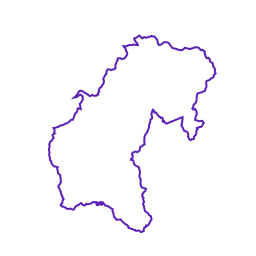 Na Hang, Tuyên Quang, Vietnam (Natural Earth projection), rotated 196°
{"feature_id": "81297802B32233799995516", "entity_name": "Na Hang", "entity_type": "district", "adm_level": 2, "iso_a3": "VNM", "parent_name": "Vietnam", "parent_adm1": "Tuyên Quang", "projection": "natural_earth1", "projection_center": [105.425, 22.448], "detail": "fine", "context": "isolated", "style": "outline", "palette": "violet", "viewbox_px": 256, "rotation_deg": 196, "n_neighbors": 0, "source": "geoboundaries", "source_scale": "gbopen_adm2", "svg_char_len": 5797}
<svg xmlns="http://www.w3.org/2000/svg" viewBox="0 0 256 256"><g transform="rotate(196 128 128)"><path d="M198.0,108.1L199.5,107.4L198.8,106.9L197.9,105.4L197.7,104.3L197.8,102.8L197.5,102.4L197.2,102.4L198.0,101.4L198.6,100.3L198.3,99.7L196.9,98.4L196.7,97.8L197.6,96.2L197.6,95.0L197.9,94.4L198.8,93.8L199.3,90.5L198.8,90.0L198.2,89.1L198.3,87.4L198.1,85.6L197.8,84.8L196.7,82.9L196.4,80.2L195.4,79.1L194.9,77.4L194.3,76.5L194.0,75.6L193.0,75.2L191.9,73.3L190.9,72.3L189.1,71.0L188.3,70.7L185.7,71.1L184.7,70.9L184.9,69.6L184.5,68.6L183.7,67.5L182.9,65.4L182.4,64.9L180.6,64.3L179.9,63.8L179.7,62.5L178.8,61.2L178.7,60.2L177.6,57.6L177.8,55.8L178.9,53.0L178.7,52.1L177.5,51.2L176.1,49.2L175.1,48.3L174.2,46.2L172.4,44.6L171.7,42.9L170.3,42.1L170.8,40.7L170.6,37.7L171.5,36.0L171.4,35.1L170.5,35.0L169.4,34.3L168.9,34.6L168.4,34.6L164.1,33.6L162.9,33.7L161.6,34.5L160.9,34.7L158.9,34.3L157.6,34.8L157.0,37.3L156.0,39.2L154.9,39.8L152.7,42.7L152.2,42.9L151.0,41.9L149.9,41.6L148.8,41.8L148.3,41.6L147.4,42.8L147.3,43.6L146.5,43.4L145.5,43.7L143.5,44.7L142.9,45.1L142.1,46.4L141.2,47.2L140.5,47.1L139.6,47.7L138.4,47.6L137.6,48.1L137.3,48.0L137.7,47.2L137.8,46.8L137.6,46.6L136.9,46.9L136.6,46.7L136.5,46.4L136.9,45.6L136.8,45.4L135.7,45.5L135.1,47.0L135.4,48.1L134.5,48.4L134.2,49.2L134.0,49.4L133.8,49.3L133.7,48.3L134.0,46.8L132.1,47.0L131.6,47.3L131.6,48.1L132.0,49.2L131.8,49.6L130.4,48.7L128.5,47.2L125.3,47.4L123.7,46.5L120.3,45.8L120.1,43.9L118.5,42.2L117.5,39.6L116.5,38.5L114.9,37.7L114.0,36.6L109.8,38.1L108.8,37.2L104.2,34.8L102.5,34.7L102.1,34.3L100.7,33.8L100.4,32.6L100.0,32.1L99.1,32.3L96.7,31.9L95.9,32.1L93.8,31.6L92.9,32.0L92.0,31.3L89.9,32.3L89.0,32.4L88.5,32.3L87.7,31.6L86.3,31.7L85.6,32.5L84.5,33.2L84.6,34.0L84.9,34.4L84.8,37.0L83.5,37.7L83.9,39.0L83.7,39.4L82.3,39.5L81.9,39.9L81.2,42.0L81.2,43.3L80.2,46.4L80.2,47.0L81.0,48.0L81.7,49.6L83.5,49.9L85.5,51.8L87.0,52.3L87.9,52.4L88.7,52.8L89.4,53.8L91.4,57.6L92.6,59.0L92.6,60.0L92.2,61.1L92.2,61.5L93.7,63.2L93.9,65.2L95.2,65.7L95.4,66.0L95.5,66.6L95.4,67.4L96.0,68.1L95.4,70.0L94.1,72.2L93.9,74.5L96.5,74.7L97.8,74.6L98.2,74.7L99.0,75.2L100.5,77.3L101.5,81.8L103.7,84.6L103.9,85.4L104.3,88.5L104.7,90.0L106.0,91.5L106.7,93.3L110.0,93.9L111.6,94.6L112.3,95.2L113.0,96.7L114.1,98.3L114.9,98.5L116.4,98.2L116.4,99.4L115.5,100.7L115.4,101.6L115.5,102.2L116.8,103.6L117.0,104.6L116.6,105.6L115.5,106.7L113.9,107.5L112.4,107.3L111.0,109.0L110.7,109.6L110.7,110.4L111.0,113.3L109.8,114.0L109.2,114.8L108.5,116.1L107.6,116.6L107.4,117.0L108.0,117.7L109.3,121.9L109.3,122.9L109.8,124.4L109.3,127.1L108.5,128.9L108.3,131.3L108.0,133.4L108.0,135.0L108.5,136.3L108.3,140.2L108.8,142.2L108.6,142.8L107.7,143.6L107.6,144.2L107.9,145.6L108.8,146.5L109.4,148.1L109.2,152.4L108.7,152.4L108.1,151.9L107.8,150.9L107.0,150.7L106.7,150.1L105.6,150.7L103.5,149.0L100.9,147.4L99.4,147.3L99.2,146.7L98.7,146.7L97.9,147.2L96.8,145.8L96.6,145.3L96.7,144.4L96.3,143.6L95.9,143.6L95.1,144.5L93.8,143.3L92.3,142.8L78.6,153.5L78.0,151.4L77.6,148.8L77.6,147.0L77.2,146.4L77.4,145.1L76.9,144.6L75.7,143.6L73.2,140.8L70.5,140.7L69.3,139.8L68.2,138.4L67.9,136.2L66.3,134.4L65.4,134.0L64.8,133.5L63.8,134.3L63.5,134.9L62.4,135.0L61.7,135.6L61.6,136.4L62.2,138.1L60.9,140.0L61.0,142.2L61.5,143.8L61.4,144.8L60.8,145.9L61.0,146.3L61.9,146.9L61.8,147.1L60.5,147.6L60.0,148.4L58.3,149.1L57.8,149.6L57.2,151.2L57.1,152.8L56.5,153.7L58.5,155.4L61.2,154.2L65.6,154.2L65.9,154.8L66.0,158.4L65.6,160.4L66.6,162.1L66.9,163.3L67.3,163.7L68.2,164.0L68.7,164.7L69.8,163.8L70.6,163.9L71.5,164.4L71.0,166.8L71.4,168.1L69.9,170.8L69.6,171.7L69.7,173.1L70.8,178.3L70.7,179.7L70.5,180.4L70.0,180.9L67.2,182.5L64.1,185.2L64.5,186.6L64.0,188.8L64.0,189.5L65.3,193.0L65.6,194.4L64.4,195.6L62.6,196.9L62.0,198.3L59.9,200.3L59.8,202.2L60.0,203.0L58.8,204.5L60.0,205.8L60.3,208.2L61.0,208.7L62.0,210.1L63.4,211.3L63.9,212.5L64.6,213.8L65.2,214.0L66.3,214.0L67.1,214.3L68.1,215.7L68.3,216.6L69.1,216.9L70.0,217.7L71.2,216.8L72.1,217.1L73.7,218.9L73.9,219.7L74.6,220.2L74.9,220.8L75.1,222.3L75.2,222.5L76.1,222.7L77.1,223.5L77.8,223.7L78.2,223.7L79.0,222.9L79.7,222.9L81.7,224.4L82.4,224.7L84.9,224.3L86.0,224.0L87.7,222.5L88.8,222.1L89.5,221.3L90.2,220.9L95.4,220.8L96.7,218.6L97.9,217.5L100.9,217.1L102.9,217.3L105.5,217.3L106.7,217.0L107.9,217.5L112.3,220.9L113.6,221.2L116.5,220.7L117.5,219.7L119.2,217.4L121.0,216.2L122.3,217.3L124.1,220.5L124.3,221.0L127.1,222.8L128.2,223.2L129.6,222.8L131.1,222.9L132.0,221.7L133.5,221.2L134.9,219.9L136.4,219.7L137.4,219.9L138.1,219.4L138.7,218.2L140.2,218.6L142.1,219.9L142.7,219.9L145.5,216.5L146.6,216.0L146.7,215.5L146.4,215.0L144.3,213.0L142.2,211.8L141.4,210.3L145.9,209.7L147.0,208.9L150.0,207.9L153.0,205.7L154.8,205.4L154.2,204.8L152.2,203.6L150.9,201.4L149.6,200.2L149.2,199.2L149.2,198.1L150.1,194.9L150.8,193.8L152.7,192.6L154.9,193.1L155.8,192.4L157.1,192.1L156.8,190.6L157.4,185.6L157.0,183.1L156.4,182.0L156.6,181.6L157.6,180.6L158.2,180.2L158.8,180.1L160.1,179.1L161.9,179.2L163.1,179.0L164.1,177.8L164.2,176.7L163.7,173.9L164.7,172.4L164.8,170.8L165.3,168.8L165.1,167.8L164.4,167.4L164.1,166.6L163.8,164.0L164.8,161.4L165.0,159.6L166.2,158.7L166.5,157.2L166.5,156.2L165.7,154.9L166.5,153.8L165.8,151.9L166.9,151.4L167.1,150.6L167.6,150.1L169.2,149.7L171.8,149.8L173.1,148.2L175.0,148.5L176.3,149.4L178.6,149.7L181.7,150.8L183.4,150.8L184.3,150.6L184.9,150.1L186.8,144.6L188.1,142.4L185.8,143.7L183.8,146.4L183.1,147.0L182.7,147.0L181.5,146.3L180.4,146.1L179.6,143.9L179.7,143.6L179.4,143.1L179.3,141.8L179.7,141.3L180.1,139.9L181.0,137.9L178.6,133.2L181.4,133.2L181.8,133.0L181.5,131.3L181.6,129.5L182.0,128.5L182.9,127.1L182.9,124.6L183.3,120.7L184.9,120.3L186.9,116.9L187.7,116.1L188.8,115.3L192.0,112.4L193.2,112.2L194.2,111.4L195.7,109.5L197.0,109.0L198.0,108.1Z" fill="none" stroke="#5b21b6" stroke-width="2"/></g></svg>